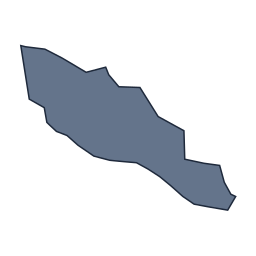 outline of Uiwang-si, Gyeonggi, South Korea, rotated 272°
{"feature_id": "91817680B44728384221537", "entity_name": "Uiwang-si", "entity_type": "district", "adm_level": 2, "iso_a3": "KOR", "parent_name": "South Korea", "parent_adm1": "Gyeonggi", "projection": "equal_earth", "projection_center": [126.987, 37.348], "detail": "fine", "context": "isolated", "style": "filled", "palette": "slate", "viewbox_px": 256, "rotation_deg": 272, "n_neighbors": 0, "source": "geoboundaries", "source_scale": "gbopen_adm2", "svg_char_len": 584}
<svg xmlns="http://www.w3.org/2000/svg" viewBox="0 0 256 256"><g transform="rotate(272 128 128)"><path d="M188.0,103.6L182.2,84.2L195.6,59.7L203.9,42.2L205.6,22.9L206.6,18.0L153.4,28.3L145.4,43.6L130.8,46.7L128.0,49.8L122.1,56.6L118.4,67.3L108.9,78.8L98.7,94.9L95.1,110.9L94.8,115.4L94.3,123.9L93.6,137.7L87.8,149.2L80.5,161.4L71.7,172.9L61.5,185.2L54.2,196.7L52.0,211.2L49.4,230.5L63.3,238.0L65.4,233.1L77.1,226.1L93.8,220.9L95.4,205.1L98.8,185.8L127.2,184.0L140.5,157.7L168.9,138.5L168.9,117.4L180.5,106.9L188.0,103.6Z" fill="#64748b" stroke="#1e293b" stroke-width="1.5"/></g></svg>